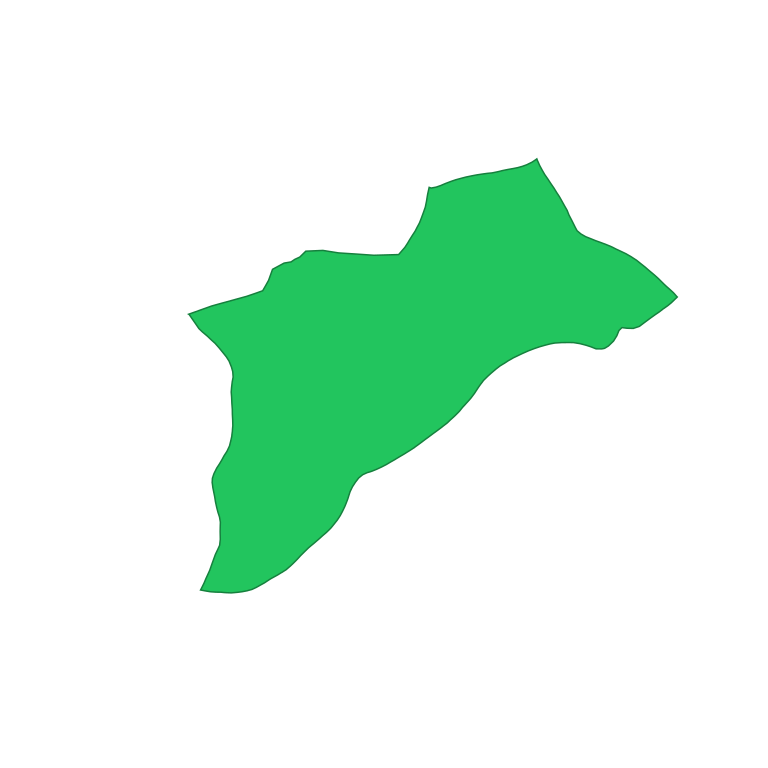 the district of Al Mukalla, Hadramawt, Yemen, rotated 122°
{"feature_id": "15242507B18959101282675", "entity_name": "Al Mukalla", "entity_type": "district", "adm_level": 2, "iso_a3": "YEM", "parent_name": "Yemen", "parent_adm1": "Hadramawt", "projection": "robinson", "projection_center": [48.878, 14.721], "detail": "fine", "context": "isolated", "style": "filled", "palette": "green", "viewbox_px": 768, "rotation_deg": 122, "n_neighbors": 0, "source": "geoboundaries", "source_scale": "gbopen_adm2", "svg_char_len": 4455}
<svg xmlns="http://www.w3.org/2000/svg" viewBox="0 0 768 768"><g transform="rotate(122 384 384)"><path d="M154.8,181.4L154.7,182.0L153.7,185.2L153.2,187.0L152.5,190.7L152.1,193.0L151.6,196.1L150.9,199.6L150.0,203.6L149.2,207.1L148.3,212.2L147.9,214.9L147.4,218.6L147.0,221.3L146.5,224.3L146.0,228.8L145.8,230.6L145.6,232.1L145.2,235.6L145.2,237.2L145.1,242.2L145.3,247.3L145.3,247.7L145.9,253.0L146.4,257.2L146.6,258.6L146.9,262.4L147.2,264.8L148.2,270.6L148.6,272.4L149.2,275.4L150.3,280.4L150.7,282.7L151.2,285.6L152.2,291.0L152.4,296.5L151.7,301.5L149.7,305.0L148.7,306.6L145.6,311.7L142.6,316.8L139.7,320.7L137.4,325.0L134.7,329.9L133.7,331.7L132.1,334.7L130.0,339.3L127.8,343.7L125.8,348.3L123.2,354.0L121.2,358.7L120.4,360.2L118.8,363.2L116.2,367.8L114.0,371.0L113.4,372.0L112.1,373.7L113.2,374.1L117.4,376.0L121.4,378.5L122.4,379.1L126.1,382.0L129.7,385.3L132.9,388.7L136.5,392.7L140.3,396.7L142.5,398.8L143.9,400.2L147.7,404.2L150.0,407.2L150.7,408.1L153.7,411.7L157.3,415.9L158.3,417.0L160.8,419.7L165.0,424.1L168.6,427.5L172.7,431.3L176.5,434.4L176.6,434.5L177.7,435.3L181.1,437.9L184.5,440.3L185.3,440.8L189.4,444.1L190.4,445.2L192.8,447.8L192.9,448.2L193.3,449.9L199.8,447.6L201.3,447.0L206.5,444.8L212.1,442.7L217.9,441.4L223.2,440.3L226.3,439.7L228.5,439.3L231.1,439.1L233.0,439.0L237.7,438.6L238.6,438.6L242.7,438.7L247.5,438.7L248.9,438.7L251.9,438.6L257.1,438.7L262.8,439.6L266.5,440.2L280.2,460.8L288.5,476.4L296.9,492.0L303.1,506.6L312.8,520.7L321.0,522.7L325.6,525.7L329.7,527.5L334.4,532.8L338.8,535.3L345.8,539.3L357.3,536.8L363.4,536.5L369.2,536.3L374.4,540.4L382.4,546.9L404.8,567.5L409.2,571.5L428.3,586.6L428.3,586.4L428.4,585.8L430.4,581.2L432.4,576.5L435.1,570.3L436.1,565.5L437.0,559.3L438.1,553.9L439.0,548.8L440.7,543.1L442.9,536.7L444.5,532.1L446.7,527.5L450.5,522.3L453.7,518.8L458.1,515.6L462.5,513.9L464.2,513.1L467.6,511.5L471.8,509.3L476.0,506.2L481.1,502.7L485.9,499.2L490.1,496.5L494.8,493.2L499.5,490.1L502.3,488.7L504.5,487.5L507.6,486.1L508.9,485.4L513.2,483.9L518.4,482.2L524.3,481.5L529.6,481.6L534.3,481.3L539.2,481.2L544.0,481.3L548.0,480.9L548.3,480.9L550.1,480.7L551.9,480.3L553.0,480.0L554.3,479.7L554.8,479.6L558.8,477.4L559.3,476.9L562.6,474.2L566.1,470.9L569.6,467.6L573.2,464.5L573.2,464.4L573.6,464.1L577.4,460.4L580.8,456.8L583.9,453.1L587.8,449.6L591.9,447.2L595.9,444.8L602.5,440.5L607.9,437.9L612.4,437.3L617.8,436.7L623.4,435.5L629.4,434.2L634.2,433.1L638.7,432.5L643.4,431.9L648.2,431.1L654.3,430.5L655.9,430.4L654.8,427.6L654.2,426.0L652.3,421.4L652.2,421.2L651.8,420.4L649.6,416.3L646.9,411.8L645.7,409.3L644.4,406.9L642.1,402.9L641.6,402.2L641.3,401.8L638.5,398.1L635.4,394.3L631.8,390.4L631.2,389.9L628.3,387.2L624.3,384.6L621.6,383.1L619.9,382.2L616.0,380.0L615.1,379.6L610.5,377.5L608.9,376.7L606.4,375.3L602.1,372.9L598.4,371.1L598.0,370.8L595.2,369.5L593.4,368.6L589.1,367.3L588.2,367.0L584.0,365.9L578.7,364.7L573.8,363.8L568.7,362.6L562.9,361.2L559.5,360.1L556.6,359.1L552.0,357.7L550.5,357.2L548.8,356.7L545.2,355.7L540.1,354.1L534.7,352.8L533.5,352.6L528.5,352.0L524.0,351.5L518.7,351.4L514.2,351.7L508.8,352.3L505.9,352.8L504.3,353.1L501.7,353.6L499.9,354.0L497.3,354.7L493.3,355.7L487.9,356.3L482.4,356.2L479.6,355.9L477.2,355.7L472.2,354.0L468.1,351.3L465.9,349.3L464.3,348.0L460.3,345.1L455.7,342.1L451.0,339.3L446.7,337.1L442.3,334.7L441.0,334.1L436.7,331.9L433.1,330.0L431.5,329.2L430.0,328.5L427.2,327.1L421.6,324.5L420.7,324.2L417.3,322.8L411.9,320.7L409.0,319.6L406.3,318.5L400.6,316.3L394.4,313.8L390.0,312.1L388.5,311.6L383.4,309.7L378.9,308.6L378.0,308.3L373.3,307.0L369.0,306.0L367.1,305.6L362.1,305.0L359.1,304.4L356.7,304.0L354.6,303.6L349.8,302.8L347.4,302.6L344.2,302.3L338.5,302.2L335.6,302.1L332.7,301.9L330.8,301.7L328.2,301.5L322.0,300.0L318.1,298.9L317.2,298.6L312.4,297.1L307.2,295.2L303.4,293.3L302.9,293.0L298.1,290.8L296.0,289.6L293.3,288.2L289.4,285.7L288.9,285.4L284.8,282.8L279.2,279.0L274.3,275.3L269.9,271.7L265.8,268.0L262.0,264.4L259.6,261.8L258.7,260.8L254.9,255.5L251.1,249.6L248.8,245.8L248.5,245.3L247.9,243.9L245.9,239.1L244.8,235.6L244.0,233.0L242.8,228.2L241.9,223.2L241.8,222.8L239.0,218.2L238.1,217.1L236.8,215.8L232.8,213.8L226.0,212.1L219.7,212.1L214.1,213.1L210.1,212.1L207.9,207.4L204.8,202.1L200.0,198.1L198.9,197.6L197.0,196.9L192.1,195.0L186.5,192.8L181.4,190.7L177.1,188.8L172.8,187.2L172.1,187.0L171.6,186.7L167.3,184.9L162.9,183.4L156.8,181.9L156.2,181.7L154.8,181.4Z" fill="#22c55e" stroke="#15803d" stroke-width="1.5"/></g></svg>